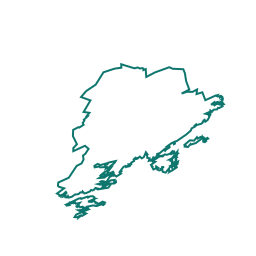 the district of Mandal nor, Vest-Agder, Norway, rotated 326°
{"feature_id": "86288312B66644758166065", "entity_name": "Mandal nor", "entity_type": "district", "adm_level": 2, "iso_a3": "NOR", "parent_name": "Norway", "parent_adm1": "Vest-Agder", "projection": "equal_earth", "projection_center": [7.487, 58.066], "detail": "fine", "context": "isolated", "style": "outline", "palette": "teal", "viewbox_px": 256, "rotation_deg": 326, "n_neighbors": 0, "source": "geoboundaries", "source_scale": "gbopen_adm2", "svg_char_len": 5907}
<svg xmlns="http://www.w3.org/2000/svg" viewBox="0 0 256 256"><g transform="rotate(326 128 128)"><path d="M32.5,142.6L33.6,144.8L33.2,146.0L35.1,146.3L34.6,147.1L40.5,146.2L40.3,147.0L41.6,147.4L37.9,147.3L38.5,148.3L36.7,148.8L37.8,149.1L37.3,149.6L37.8,150.3L39.3,149.9L37.8,150.8L38.9,151.6L40.2,150.9L40.0,152.6L43.1,153.6L46.8,153.5L49.9,155.1L52.5,154.7L53.9,155.8L54.9,155.2L55.2,157.8L56.8,158.5L61.0,159.3L62.8,158.7L63.6,159.9L65.2,160.2L67.5,159.5L69.4,161.6L68.4,161.6L68.7,162.1L78.4,166.5L81.5,165.3L80.9,164.1L81.7,163.9L85.7,166.4L87.8,166.3L88.1,165.6L86.5,165.9L86.3,165.0L87.9,163.5L84.0,161.6L81.4,162.0L78.2,160.4L76.8,160.7L78.0,162.0L80.0,162.3L79.9,163.5L74.9,163.4L74.2,162.8L76.2,162.7L76.2,161.8L74.1,161.4L75.6,161.2L75.7,160.3L73.2,159.4L71.6,157.6L77.7,159.6L75.8,157.2L76.5,157.3L78.3,158.8L78.5,160.1L80.8,160.4L85.4,158.2L86.7,158.5L87.3,157.6L89.4,158.4L89.7,157.4L86.0,156.6L85.9,155.8L80.6,155.9L76.1,153.3L79.2,153.3L78.8,154.1L79.6,154.5L83.2,154.8L84.8,154.5L80.8,152.3L77.6,152.0L84.4,151.4L86.7,152.7L86.5,151.7L90.9,150.9L88.5,149.8L89.7,149.7L89.2,149.2L87.0,149.2L88.2,148.2L82.8,145.0L82.6,143.8L78.4,142.0L78.8,140.7L80.2,140.6L82.7,140.8L84.6,143.4L90.0,145.2L88.5,146.1L90.6,146.6L92.3,145.7L99.3,148.5L97.3,149.4L91.7,149.8L91.0,150.8L92.3,151.2L87.7,152.7L86.4,154.0L87.7,155.4L91.2,155.9L91.1,157.2L90.0,158.0L90.4,158.8L89.1,159.3L90.9,160.5L91.2,161.7L96.7,161.9L96.2,160.4L98.1,160.2L97.4,159.4L102.5,157.7L104.7,158.1L104.5,159.2L106.9,159.1L106.1,159.8L108.1,160.6L108.9,160.2L108.1,159.8L108.2,158.4L110.6,159.7L111.3,158.5L114.5,158.8L115.1,157.2L117.0,156.9L116.8,157.4L118.1,157.7L117.5,158.3L118.7,158.7L121.8,158.3L122.4,160.8L124.8,161.0L129.3,158.1L129.4,160.9L128.4,160.9L128.2,161.7L128.9,162.2L128.2,162.1L127.3,163.6L129.0,165.2L127.0,166.8L131.0,167.6L133.3,165.9L131.7,167.9L134.4,169.0L135.7,168.7L133.6,167.8L137.9,167.9L136.9,167.0L138.3,166.7L136.9,165.5L140.0,166.6L146.0,166.0L146.0,167.7L146.8,167.5L146.8,166.0L148.6,166.1L148.1,166.6L148.6,167.2L151.7,167.3L152.1,166.1L150.6,165.1L156.1,164.9L157.3,165.3L156.9,167.1L158.2,167.2L158.9,165.4L161.1,166.1L172.6,166.0L178.7,165.2L180.5,163.9L184.6,164.3L185.4,164.1L184.9,163.3L186.4,163.1L186.2,163.8L191.2,165.5L193.2,165.2L193.7,164.4L195.6,164.8L195.5,164.0L196.1,164.0L195.6,166.0L198.5,165.9L201.5,164.4L202.0,162.9L203.3,163.4L204.6,162.0L203.5,161.9L204.3,160.9L202.0,161.5L200.2,159.5L205.3,160.4L206.1,159.5L206.9,161.5L209.1,160.7L212.4,162.4L213.9,161.6L214.7,162.4L218.6,162.9L219.1,161.4L218.6,161.0L220.7,161.8L220.6,160.3L218.8,160.0L218.3,160.7L218.3,159.9L217.2,159.9L215.5,157.7L213.3,157.6L214.0,156.9L212.2,156.8L211.8,155.8L209.9,155.1L213.2,154.9L212.7,155.4L215.5,156.0L216.4,156.4L215.6,156.9L220.1,158.6L222.1,157.8L222.7,157.0L221.8,156.5L223.1,156.3L222.8,155.1L223.5,155.0L223.3,154.0L221.5,154.0L222.3,153.0L220.1,152.2L219.3,151.0L220.3,150.7L218.9,150.2L219.4,150.2L207.7,148.2L209.6,140.0L203.8,138.2L206.8,134.7L201.6,134.1L197.2,131.0L191.7,129.4L200.3,130.4L202.4,121.7L205.8,114.4L206.7,110.2L198.2,103.9L196.2,100.7L181.5,97.0L171.7,95.9L175.6,89.1L173.2,88.6L174.0,87.4L173.4,86.4L171.1,85.3L169.8,83.2L166.7,82.1L158.0,71.4L156.2,74.3L150.1,71.3L138.8,68.1L125.5,74.0L113.9,74.0L106.4,76.1L112.3,84.1L100.2,89.9L104.5,93.8L100.5,95.0L101.2,95.7L96.0,96.5L96.0,97.4L93.2,98.6L93.0,100.5L87.9,100.4L87.4,99.6L81.5,98.9L77.8,103.9L76.6,112.9L71.5,114.0L69.7,116.6L82.4,118.7L83.7,123.2L78.3,125.5L75.3,125.7L73.5,129.3L69.7,131.4L64.3,130.7L51.1,136.1L39.7,134.2L37.6,136.7L37.9,138.2L41.3,142.3L32.5,142.6ZM135.7,169.3L130.0,168.9L130.8,169.5L129.0,170.2L130.5,170.1L131.6,171.2L126.4,171.4L126.7,173.4L126.2,173.3L125.9,176.6L130.0,177.2L129.4,176.2L129.9,175.6L130.8,178.1L129.7,177.7L129.0,178.8L130.1,180.6L131.4,181.1L132.4,180.4L133.0,181.0L135.0,178.8L134.5,179.5L136.1,180.5L134.0,180.0L132.3,183.7L134.2,186.0L139.6,184.4L137.8,186.3L138.7,187.3L138.1,187.6L141.5,187.8L142.5,186.4L141.8,187.9L146.5,187.9L146.7,187.2L144.8,186.8L145.2,185.8L146.9,185.9L147.9,184.7L148.9,185.5L150.7,183.8L147.1,183.5L148.0,182.3L149.6,182.3L149.6,181.1L150.4,181.1L150.9,179.6L152.2,179.6L151.9,178.9L149.0,178.1L149.5,177.8L146.7,178.2L147.1,178.7L145.2,182.1L146.9,182.3L146.2,183.8L142.2,185.3L141.6,183.1L143.7,183.4L145.8,179.9L144.9,179.0L145.8,178.3L144.6,177.4L147.4,177.7L151.0,176.6L151.6,177.9L153.1,177.9L153.1,177.2L155.3,177.0L154.8,176.1L155.6,175.2L153.8,175.8L149.9,173.8L148.1,173.8L154.0,173.4L151.9,172.8L151.9,172.1L148.3,172.8L145.4,172.0L143.5,170.4L140.9,171.0L140.4,170.6L141.2,170.2L136.2,168.9L135.7,169.3ZM47.5,158.9L34.4,157.0L35.5,158.1L33.7,157.5L33.7,158.0L36.1,159.1L36.0,158.5L37.1,158.4L40.0,159.1L39.6,158.0L41.1,159.0L41.0,160.0L42.6,160.2L42.5,161.7L46.2,163.1L43.8,163.8L43.8,164.7L40.9,163.7L42.1,164.2L41.4,164.4L41.7,165.3L43.8,165.0L43.9,167.0L46.3,167.8L46.9,169.1L44.8,169.7L45.3,169.8L44.5,170.5L40.8,168.4L42.8,172.0L36.7,170.8L33.9,172.0L35.8,173.5L38.2,173.8L37.1,174.6L40.5,174.4L40.8,175.2L43.7,175.4L43.1,175.0L43.9,174.5L43.6,173.9L44.9,174.5L43.5,172.0L49.8,173.4L49.0,172.1L50.0,172.1L50.0,171.4L46.4,171.9L45.1,171.2L49.7,170.2L55.8,172.7L58.2,175.1L64.2,176.7L63.7,177.0L64.3,178.0L65.6,177.9L64.8,177.0L67.1,176.7L65.7,174.8L59.7,174.4L60.8,173.6L60.2,172.3L59.1,172.1L59.6,170.9L58.7,169.8L59.5,168.9L56.7,169.1L53.7,166.7L61.1,168.1L60.3,167.4L61.4,166.7L60.7,164.9L58.3,163.4L56.0,163.3L56.2,162.3L49.6,160.6L49.6,159.7L47.5,158.9ZM172.4,172.8L165.2,173.6L164.9,174.9L166.7,175.6L165.3,175.7L167.1,177.3L171.0,176.2L171.0,177.0L175.8,178.4L183.8,178.0L184.3,179.0L182.7,181.4L183.7,182.7L185.5,182.5L184.5,182.2L184.7,181.2L188.5,181.6L188.3,180.6L186.5,180.5L186.2,181.1L185.9,179.8L184.8,180.0L185.5,179.1L185.4,178.1L184.1,178.0L184.8,177.8L184.8,176.8L184.3,177.3L183.2,176.0L179.8,175.7L180.0,174.2L175.7,175.4L172.4,172.8Z" fill="none" stroke="#0f766e" stroke-width="2"/></g></svg>